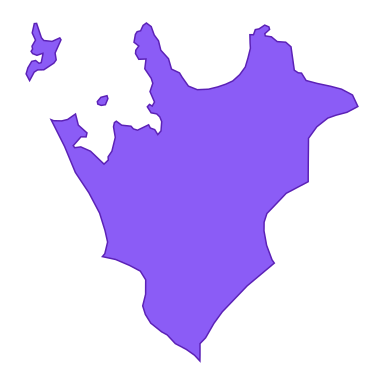 Unryul, Hwanghae-namdo, North Korea
{"feature_id": "82179303B17598108149664", "entity_name": "Unryul", "entity_type": "district", "adm_level": 2, "iso_a3": "PRK", "parent_name": "North Korea", "parent_adm1": "Hwanghae-namdo", "projection": "albers", "projection_center": [125.137, 38.511], "detail": "fine", "context": "isolated", "style": "filled", "palette": "violet", "viewbox_px": 384, "rotation_deg": 0, "n_neighbors": 0, "source": "geoboundaries", "source_scale": "gbopen_adm2", "svg_char_len": 2199}
<svg xmlns="http://www.w3.org/2000/svg" viewBox="0 0 384 384"><path d="M297.2,187.5L308.2,181.7L308.2,176.0L308.3,158.6L308.4,149.9L308.5,138.3L316.8,126.8L327.8,118.1L336.0,115.2L347.0,112.3L357.9,106.5L352.5,95.0L341.6,89.2L330.7,86.3L317.0,83.4L306.1,80.5L301.5,73.1L298.2,72.8L294.3,70.2L291.0,46.8L285.7,42.2L277.2,41.6L271.4,36.8L265.3,35.9L264.8,33.7L269.6,29.4L268.9,26.9L264.7,25.1L259.0,28.9L255.3,29.6L253.5,34.7L249.9,34.7L250.1,42.9L250.4,48.3L248.0,57.9L245.3,67.0L239.7,74.7L232.7,81.0L225.7,84.2L217.8,86.9L208.5,89.2L197.3,89.7L188.4,86.1L182.1,77.2L179.5,72.9L171.5,69.1L168.5,58.7L160.8,50.2L158.5,40.8L154.2,35.0L151.2,26.6L146.4,23.0L143.1,25.4L140.6,30.8L138.2,31.4L137.1,31.7L135.4,34.4L134.0,42.3L138.8,46.0L135.8,50.2L135.5,53.6L138.8,59.3L146.0,59.0L144.8,68.8L151.2,78.3L152.8,83.3L150.0,91.6L154.5,102.0L152.2,106.1L149.5,104.4L147.3,106.8L151.1,112.8L156.7,113.9L159.8,116.9L161.7,121.6L161.0,130.9L157.8,134.6L154.7,129.6L150.3,128.0L148.6,124.8L137.5,130.2L133.4,128.9L131.0,126.2L121.7,125.2L116.3,121.2L114.4,122.6L113.5,126.8L115.3,137.4L111.9,151.2L108.1,156.8L108.3,160.0L104.0,164.1L90.5,151.2L80.8,146.9L74.7,147.7L73.2,145.7L81.0,136.8L86.1,136.9L87.0,132.9L78.3,125.1L75.5,114.0L67.6,119.5L65.1,120.1L61.7,120.9L53.6,120.7L51.1,119.7L64.6,146.5L75.4,172.5L88.9,192.8L99.6,213.1L105.0,230.5L107.6,242.1L104.8,253.7L102.4,256.6L115.7,259.5L129.3,265.3L140.3,271.1L145.7,279.8L145.6,294.3L142.7,305.9L145.4,314.5L150.8,323.2L161.7,331.9L167.2,334.9L175.3,343.6L186.3,349.4L194.5,355.2L199.9,361.0L200.0,355.2L200.0,343.6L205.6,337.8L213.9,323.4L222.3,311.8L233.3,300.3L247.2,285.8L274.3,263.1L272.0,259.8L266.6,245.3L264.0,230.9L264.1,222.2L266.9,213.5L275.2,204.9L286.2,193.3L297.2,187.5ZM43.8,40.5L42.9,39.5L41.4,37.7L36.6,23.4L34.3,23.6L32.2,32.9L35.5,40.1L32.0,46.2L32.6,49.1L31.1,51.3L32.6,53.6L36.9,55.3L42.9,53.3L42.9,54.3L41.2,62.6L39.0,63.3L35.6,60.5L31.7,61.4L27.9,67.8L26.1,73.9L29.6,80.6L34.2,72.1L37.6,69.9L42.9,69.8L43.8,69.8L53.9,63.1L56.2,59.9L55.1,53.0L61.0,39.8L59.8,37.9L52.1,41.4L43.8,40.5ZM105.4,104.7L107.9,98.6L107.0,95.7L100.9,97.3L97.3,101.6L97.8,104.1L101.2,105.4L105.4,104.7Z" fill="#8b5cf6" stroke="#5b21b6" stroke-width="1.5"/></svg>